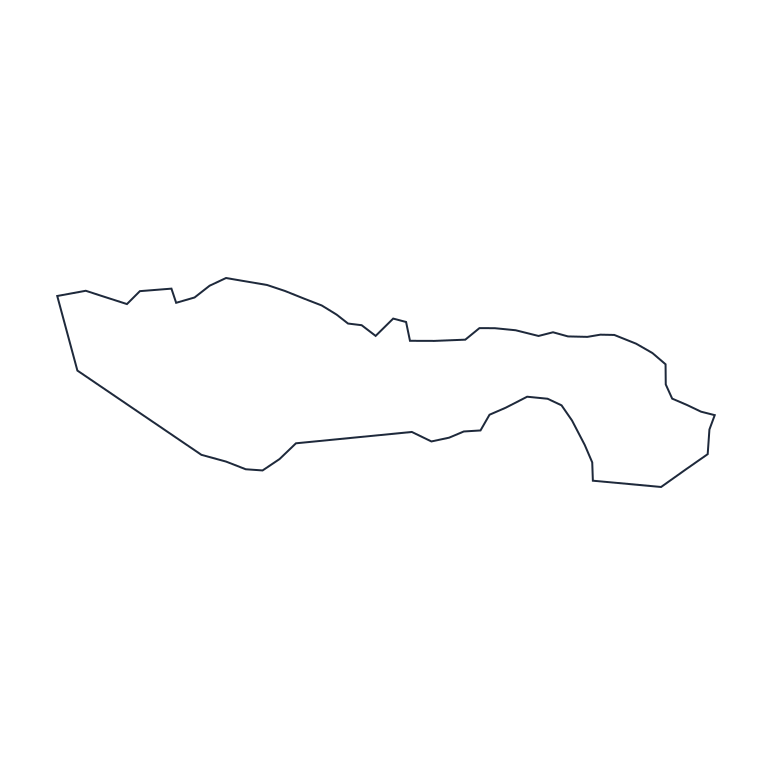 São Pedro da Serra, Rio Grande do Sul, Brazil (Mercator projection), rotated 184°
{"feature_id": "56859067B70229317935644", "entity_name": "São Pedro da Serra", "entity_type": "district", "adm_level": 2, "iso_a3": "BRA", "parent_name": "Brazil", "parent_adm1": "Rio Grande do Sul", "projection": "mercator", "projection_center": [-51.521, -29.419], "detail": "fine", "context": "isolated", "style": "outline", "palette": "slate", "viewbox_px": 768, "rotation_deg": 184, "n_neighbors": 0, "source": "geoboundaries", "source_scale": "gbopen_adm2", "svg_char_len": 962}
<svg xmlns="http://www.w3.org/2000/svg" viewBox="0 0 768 768"><g transform="rotate(184 384 384)"><path d="M56.2,336.6L56.2,361.3L51.9,376.0L65.8,378.5L80.0,384.1L95.5,389.5L102.9,403.2L104.5,423.3L118.4,433.6L135.3,441.8L157.7,449.0L171.6,448.3L184.4,445.2L203.8,444.3L219.0,447.4L233.2,442.7L256.4,446.8L277.4,447.4L292.7,446.4L306.0,433.9L336.8,430.5L361.1,428.9L366.3,447.4L379.4,449.9L395.7,431.4L410.4,441.1L424.1,441.8L436.1,449.9L451.6,458.0L469.1,463.4L489.3,469.9L507.5,474.6L532.9,477.1L549.0,478.7L564.8,469.9L579.0,457.1L597.0,450.5L602.7,464.3L634.0,459.6L646.0,445.8L672.8,452.4L688.0,456.2L716.1,449.0L690.8,376.0L561.2,300.6L536.2,295.6L516.0,289.3L499.1,289.3L483.0,301.8L467.7,318.7L352.9,338.1L332.7,330.0L315.3,335.0L301.1,342.2L284.5,344.4L276.6,360.7L261.0,368.8L240.3,381.3L219.8,380.7L205.4,375.1L193.9,360.7L179.5,337.2L170.8,320.3L168.9,302.1L100.4,300.6L76.4,320.3L56.2,336.6Z" fill="none" stroke="#1e293b" stroke-width="2"/></g></svg>